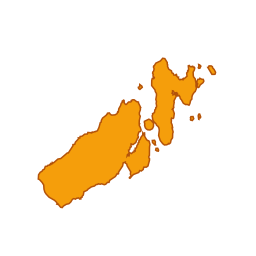 Alor, Nusa Tenggara Timur, Indonesia (Equal Earth projection), rotated 152°
{"feature_id": "22746128B1117135414899", "entity_name": "Alor", "entity_type": "district", "adm_level": 2, "iso_a3": "IDN", "parent_name": "Indonesia", "parent_adm1": "Nusa Tenggara Timur", "projection": "equal_earth", "projection_center": [124.34, -8.333], "detail": "fine", "context": "isolated", "style": "filled", "palette": "amber", "viewbox_px": 256, "rotation_deg": 152, "n_neighbors": 0, "source": "geoboundaries", "source_scale": "gbopen_adm2", "svg_char_len": 5870}
<svg xmlns="http://www.w3.org/2000/svg" viewBox="0 0 256 256"><g transform="rotate(152 128 128)"><path d="M145.0,84.4L139.4,83.7L137.6,84.9L136.5,83.8L134.1,84.2L132.5,86.0L130.1,84.8L128.2,85.1L124.2,89.4L123.4,90.8L123.6,91.7L123.0,93.1L122.0,93.7L117.9,101.2L116.3,103.2L115.6,106.3L115.7,107.1L116.7,107.8L117.1,109.7L117.3,116.6L118.3,114.9L120.8,113.8L122.5,112.3L123.3,112.4L123.6,111.7L124.6,111.5L124.8,110.4L126.1,110.1L126.8,109.0L128.2,108.4L129.6,106.8L130.7,106.4L131.2,106.7L132.4,104.4L133.1,105.2L134.0,104.0L134.8,104.4L136.9,103.8L138.0,105.2L139.2,104.9L139.4,103.7L140.2,102.9L141.3,104.0L141.8,103.8L141.0,104.8L139.6,104.9L138.3,105.9L138.4,107.0L137.9,108.2L137.3,108.0L136.3,108.5L135.2,110.0L134.6,109.7L133.7,110.2L133.6,111.2L132.7,112.5L131.5,111.0L128.0,111.5L124.2,114.7L123.6,114.5L123.0,115.2L122.8,116.9L120.6,119.1L119.9,119.4L118.5,119.0L117.4,120.0L116.8,123.0L116.9,124.7L116.1,126.5L115.7,126.4L115.8,127.1L114.5,129.3L111.6,132.7L111.7,134.3L110.9,136.1L108.5,138.3L107.6,140.2L107.2,140.1L107.0,145.1L106.6,146.0L108.0,147.2L109.3,150.0L110.5,150.7L112.2,150.8L112.3,150.0L113.3,149.7L115.3,150.7L118.3,149.6L119.0,149.9L119.5,151.3L119.3,152.5L118.5,154.2L118.8,154.7L120.6,154.4L120.6,153.4L122.4,153.0L124.0,151.3L127.0,149.4L129.1,146.7L129.6,147.1L130.9,145.8L133.3,145.7L136.3,147.0L137.1,148.2L137.4,150.1L139.1,150.7L139.6,150.0L140.3,150.1L141.2,149.5L145.8,148.7L147.9,147.3L148.9,145.8L149.9,145.8L153.3,142.2L156.3,139.9L158.0,140.1L158.0,139.5L158.4,140.3L162.2,140.8L161.9,141.2L163.0,141.3L165.5,142.9L166.6,141.8L169.2,142.9L172.3,142.3L174.3,143.0L175.3,141.8L176.4,142.6L176.5,142.0L177.9,141.3L181.1,140.2L182.7,138.6L184.4,139.2L185.0,138.1L192.4,134.0L193.3,134.5L201.6,132.6L204.5,133.5L209.5,132.3L210.8,132.3L211.0,132.9L211.5,132.1L212.2,132.8L212.8,132.2L213.1,132.8L213.8,132.1L214.2,132.5L214.9,132.1L216.1,132.7L217.1,132.2L219.0,132.9L221.3,130.9L222.9,131.0L224.1,130.2L226.3,130.1L228.9,128.7L231.2,125.0L230.4,124.1L229.4,120.3L229.2,117.2L230.9,113.4L231.5,110.6L231.3,108.1L230.2,104.0L226.8,98.6L226.0,96.1L226.0,94.6L226.6,94.2L226.0,93.6L225.5,93.8L224.7,89.6L223.4,88.6L221.7,89.4L218.3,89.6L215.7,88.9L213.3,89.5L210.6,91.1L209.0,91.1L207.7,89.8L206.6,90.1L204.3,89.4L204.1,88.0L202.9,87.5L202.3,88.7L201.1,88.4L200.6,89.2L198.9,89.8L196.9,92.4L193.4,92.2L191.9,92.8L187.9,93.2L184.8,92.5L182.7,93.0L181.1,92.4L180.4,92.7L179.0,91.4L177.4,91.1L175.6,89.1L174.1,88.8L171.7,89.6L170.3,88.9L168.7,90.4L161.9,91.1L159.0,92.8L158.5,92.1L157.8,92.1L157.0,93.5L150.6,97.0L148.6,99.5L146.4,99.2L146.9,98.5L146.0,96.7L146.5,95.2L146.2,88.0L147.5,86.3L147.8,84.2L147.3,83.7L145.0,84.4ZM99.6,129.1L99.8,128.3L101.0,127.4L102.3,123.3L102.2,121.3L101.3,118.5L101.5,117.3L100.7,115.0L100.7,113.6L101.4,111.4L104.5,107.0L105.4,101.8L104.7,97.8L103.8,95.9L101.7,95.0L99.8,94.9L99.5,95.3L98.9,94.6L97.4,95.0L95.7,97.1L93.3,98.4L91.1,102.2L90.0,103.3L89.2,106.8L88.8,107.6L88.4,107.4L87.5,110.4L87.4,112.3L86.2,114.1L85.8,115.4L84.9,116.3L83.9,115.2L82.9,115.5L80.3,119.1L79.7,123.0L80.0,123.5L79.5,123.5L79.4,124.2L78.9,123.9L77.7,124.9L77.7,125.7L75.0,129.2L74.9,130.2L70.6,133.3L70.3,134.0L71.0,135.8L70.8,136.1L71.3,136.6L71.9,136.1L72.7,136.1L72.3,137.0L72.8,138.1L72.0,138.5L71.4,139.6L71.2,139.2L70.8,139.6L70.6,139.4L70.6,137.2L68.4,136.4L68.2,134.5L69.3,133.9L69.2,133.0L67.8,132.5L67.7,133.0L67.6,133.3L67.5,131.4L68.0,129.4L67.6,127.9L67.5,123.8L66.0,121.5L64.8,121.1L63.4,119.5L62.0,120.4L59.8,122.9L58.1,123.5L57.0,125.4L55.3,127.1L52.4,128.6L51.6,128.6L48.9,130.9L48.3,133.2L47.1,135.2L45.6,140.0L46.1,142.1L45.8,143.5L44.3,146.7L42.2,148.1L40.9,149.6L40.9,150.1L41.2,149.9L41.6,151.2L41.9,150.6L41.8,152.0L43.2,152.5L43.7,151.8L43.5,152.5L44.3,153.1L44.6,154.5L45.6,154.6L46.9,151.4L47.8,150.4L48.1,150.7L48.6,150.4L49.0,149.5L50.4,149.0L51.6,146.0L54.7,145.3L55.6,145.2L55.8,145.7L56.6,145.0L56.7,145.6L57.4,145.3L58.5,146.2L59.5,146.1L60.2,147.7L60.1,148.4L59.5,149.2L60.3,149.5L60.7,151.2L60.3,151.5L60.1,152.6L60.6,152.7L61.0,152.1L62.7,153.3L62.4,154.9L63.3,156.0L62.8,158.1L64.4,160.8L64.2,163.8L63.3,165.2L63.4,165.9L62.6,167.4L62.9,172.0L64.6,173.3L67.9,172.0L73.0,172.2L75.8,170.5L76.2,170.7L76.9,169.9L77.2,167.9L78.7,166.2L79.8,165.8L80.6,164.8L80.5,163.5L81.0,163.2L81.6,161.8L81.0,160.3L81.2,159.9L82.2,159.5L82.6,160.4L83.3,160.4L84.7,158.9L86.6,155.5L87.2,154.3L86.3,149.0L86.8,147.3L86.7,145.2L87.4,143.6L90.0,140.2L90.5,137.9L91.5,136.7L92.4,134.0L93.1,133.1L94.0,132.9L94.5,131.9L95.8,131.4L97.4,129.2L99.6,129.1ZM109.5,115.9L106.8,115.9L104.8,117.4L103.2,120.2L104.1,124.2L104.5,124.6L104.9,124.2L104.5,124.6L105.4,126.0L110.4,126.2L111.1,124.9L111.1,124.1L112.2,122.3L112.6,120.0L112.2,118.5L111.6,117.3L109.5,115.9ZM47.3,131.3L46.8,130.7L46.0,130.8L43.9,132.2L40.4,132.8L39.0,133.8L38.7,135.6L40.0,136.4L41.2,138.2L42.0,137.5L43.5,138.2L45.1,136.9L46.1,135.2L45.7,134.3L47.3,132.8L47.3,131.3ZM29.1,144.1L28.7,135.9L26.3,134.7L25.7,134.7L24.5,136.1L24.5,139.3L25.0,141.4L24.7,142.5L25.3,143.7L27.3,144.8L28.4,143.9L29.1,144.1ZM113.2,103.6L112.2,100.3L111.6,100.1L111.5,101.0L110.3,103.0L110.3,104.7L112.4,105.6L113.2,103.6ZM99.4,156.5L96.3,157.2L96.1,158.5L97.2,160.9L98.3,159.1L99.8,159.1L100.1,157.8L99.4,156.5ZM67.1,108.5L68.0,107.9L68.3,106.6L68.8,106.3L69.0,105.6L67.7,104.4L65.6,105.3L65.2,107.6L67.1,108.5ZM60.3,105.8L61.5,102.5L61.3,102.3L60.3,104.5L59.6,103.0L59.0,103.2L58.5,104.0L58.2,106.7L59.1,107.0L60.3,105.8ZM112.8,96.9L114.0,95.5L113.4,94.3L112.1,93.3L111.6,93.7L111.3,94.6L111.3,96.2L112.8,96.9ZM37.7,148.2L37.5,147.4L36.5,147.0L34.6,148.4L35.1,150.1L35.8,150.9L36.4,149.3L37.7,148.2ZM69.0,134.5L68.6,135.2L68.7,136.3L69.4,136.6L69.9,134.9L69.0,134.5ZM116.6,116.1L116.9,114.8L116.4,114.3L115.7,115.9L116.6,116.1ZM149.9,82.7L148.6,83.0L148.4,83.4L149.0,83.9L150.0,83.7L150.2,83.1L149.9,82.7Z" fill="#f59e0b" stroke="#b45309" stroke-width="1.5"/></g></svg>